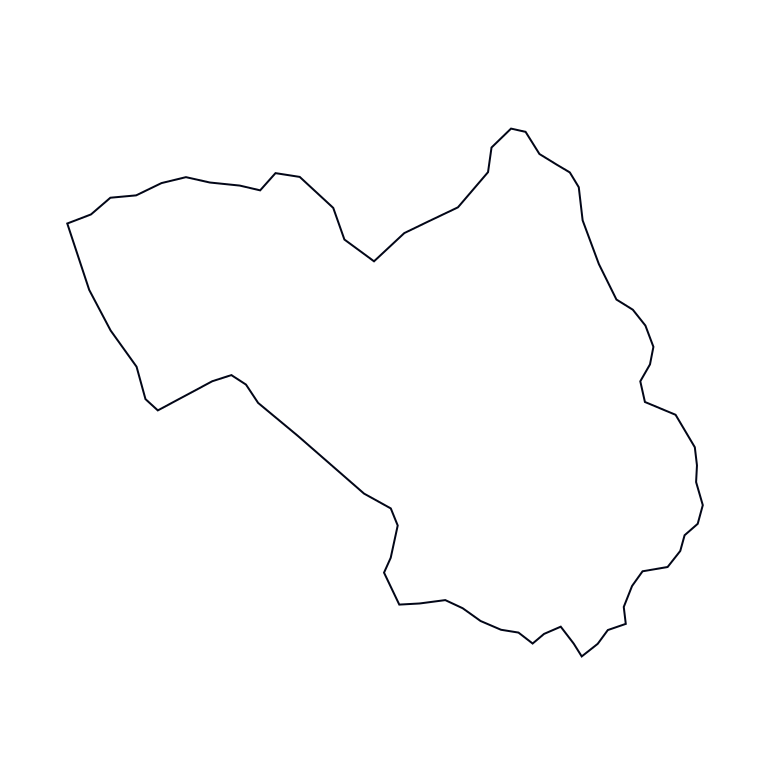 the district of Maturéia, Paraíba, Brazil, rotated 93°
{"feature_id": "56859067B73053227370482", "entity_name": "Maturéia", "entity_type": "district", "adm_level": 2, "iso_a3": "BRA", "parent_name": "Brazil", "parent_adm1": "Paraíba", "projection": "mercator", "projection_center": [-37.357, -7.292], "detail": "fine", "context": "isolated", "style": "outline", "palette": "ink", "viewbox_px": 768, "rotation_deg": 93, "n_neighbors": 0, "source": "geoboundaries", "source_scale": "gbopen_adm2", "svg_char_len": 1080}
<svg xmlns="http://www.w3.org/2000/svg" viewBox="0 0 768 768"><g transform="rotate(93 384 384)"><path d="M240.3,708.7L305.5,683.3L344.9,659.8L379.7,632.0L411.6,621.4L422.2,608.5L390.2,555.6L383.1,536.9L391.8,521.8L409.5,508.7L440.5,467.1L494.5,398.2L507.9,370.7L524.6,362.9L557.2,368.2L572.4,374.1L603.5,357.2L601.3,336.9L596.6,311.5L603.8,293.7L615.6,275.2L623.3,254.3L625.2,236.7L635.4,222.0L625.2,211.1L617.1,194.8L633.3,181.0L645.7,172.3L632.3,157.0L618.0,147.6L610.9,130.0L594.1,132.9L572.7,125.7L557.5,116.0L551.9,91.2L535.2,79.4L519.3,75.9L507.2,63.4L488.3,59.3L465.6,67.2L448.9,67.2L430.9,70.3L399.5,91.2L388.3,122.5L367.9,128.2L350.5,119.4L332.8,116.9L312.0,126.0L296.8,139.4L287.5,156.3L253.0,175.7L210.2,194.2L177.3,199.8L163.0,209.5L155.9,223.0L146.2,240.8L124.8,255.8L122.3,270.5L142.2,289.0L167.0,291.2L203.7,319.4L219.5,348.5L232.2,371.6L262.0,400.4L241.8,431.1L210.8,443.9L181.6,479.0L179.1,503.4L197.1,517.8L193.4,538.4L191.9,568.5L187.8,592.6L195.0,616.7L208.6,641.4L212.3,667.0L230.0,685.5L240.3,708.7Z" fill="none" stroke="#020617" stroke-width="2"/></g></svg>